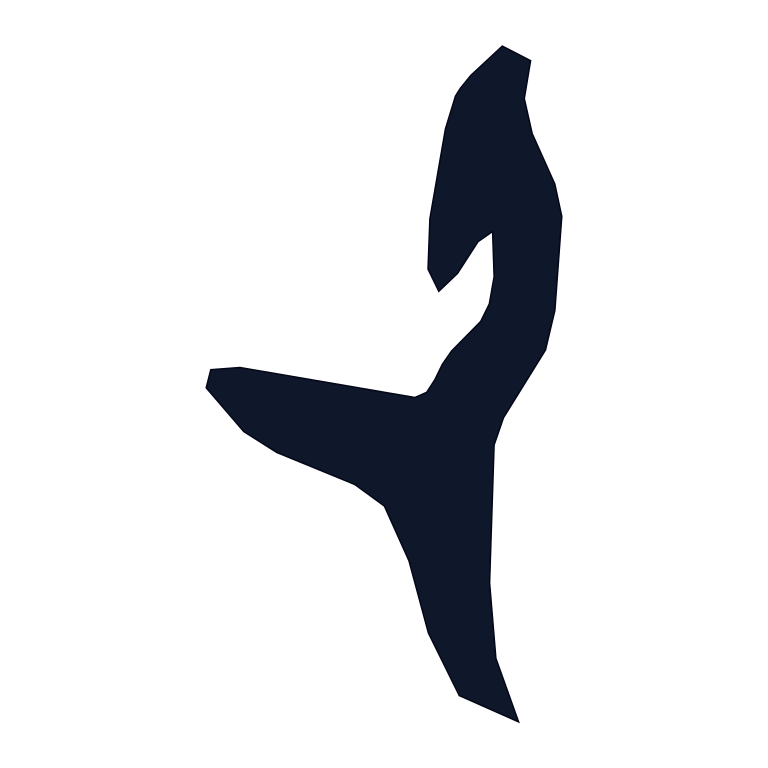 the District of South Eleuthera
{"feature_id": "BHS-5029", "entity_name": "South Eleuthera", "entity_type": "District", "adm_level": 1, "iso_a3": "BHS", "parent_name": "The Bahamas", "parent_adm1": "", "projection": "albers", "projection_center": [-76.202, 24.817], "detail": "fine", "context": "isolated", "style": "filled", "palette": "ink", "viewbox_px": 768, "rotation_deg": 0, "n_neighbors": 0, "source": "natural_earth", "source_scale": "10m", "svg_char_len": 629}
<svg xmlns="http://www.w3.org/2000/svg" viewBox="0 0 768 768"><path d="M530.6,60.7L524.3,98.6L532.2,133.6L554.8,184.0L561.8,216.4L554.9,310.3L545.5,350.0L503.5,417.7L494.1,445.0L489.6,582.8L495.9,658.4L518.6,721.9L459.3,695.6L428.4,633.0L409.0,560.9L384.4,506.1L354.8,484.5L276.8,452.5L243.8,431.6L206.2,387.8L210.8,369.7L239.9,367.5L414.9,397.5L426.7,392.3L434.9,379.6L442.3,364.4L451.5,351.1L480.7,321.4L489.3,304.0L494.1,276.7L492.6,231.5L478.0,241.7L457.6,273.3L438.8,291.3L428.0,269.1L429.9,218.7L445.4,129.0L455.5,96.0L460.4,88.2L470.8,75.4L502.3,46.1L530.6,60.7Z" fill="#0f172a" stroke="#020617" stroke-width="1.5"/></svg>